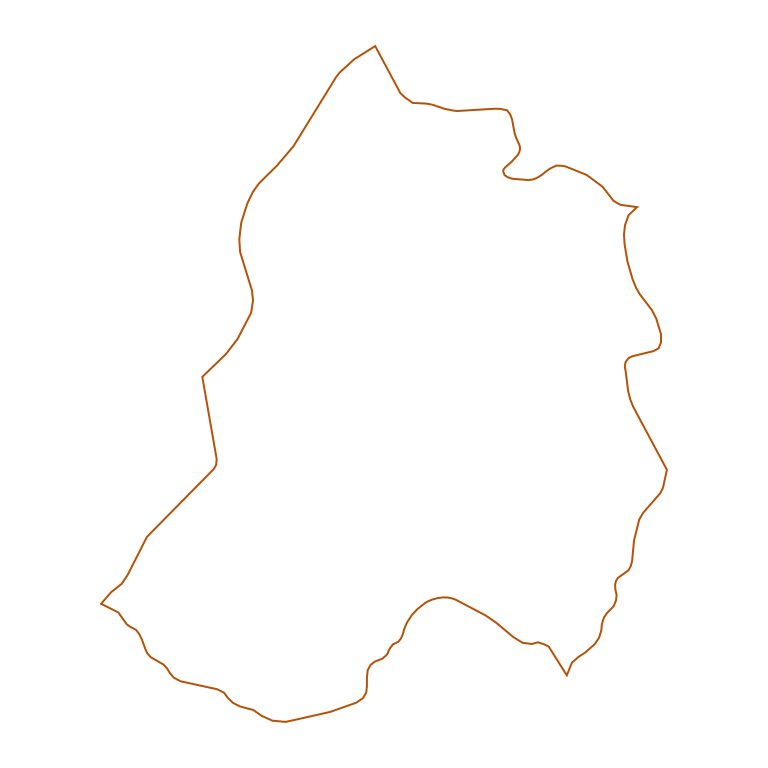 the border of Paraguarí
{"feature_id": "PRY-611", "entity_name": "Paraguarí", "entity_type": "Department", "adm_level": 1, "iso_a3": "PRY", "parent_name": "Paraguay", "parent_adm1": "", "projection": "orthographic", "projection_center": [-57.025, -26.024], "detail": "fine", "context": "isolated", "style": "outline", "palette": "amber", "viewbox_px": 768, "rotation_deg": 0, "n_neighbors": 0, "source": "natural_earth", "source_scale": "10m", "svg_char_len": 2281}
<svg xmlns="http://www.w3.org/2000/svg" viewBox="0 0 768 768"><path d="M586.6,174.9L602.5,186.7L613.5,200.8L617.8,203.4L620.8,204.9L637.1,207.1L628.6,215.1L625.0,225.2L624.0,234.6L624.6,244.4L627.5,261.6L632.6,279.3L636.1,287.8L639.8,294.3L651.9,310.1L656.2,318.5L661.0,334.2L661.0,342.6L658.5,348.4L653.5,351.1L631.8,356.4L628.4,358.3L625.5,362.2L624.9,365.7L625.1,368.7L625.5,370.0L628.2,391.4L630.3,399.6L633.3,407.0L666.9,469.8L663.0,487.8L660.5,492.9L643.0,513.0L639.2,519.6L634.0,540.7L632.1,561.0L630.8,566.1L628.4,570.4L617.9,577.9L616.1,580.8L615.1,584.3L615.4,589.7L616.6,594.8L616.1,600.2L613.7,606.2L607.0,613.1L603.9,617.6L601.9,624.2L601.3,630.5L599.1,637.6L594.7,644.2L585.0,652.7L578.9,656.6L571.9,662.7L566.8,675.3L548.7,646.6L544.3,644.4L538.0,642.3L532.0,644.0L522.6,642.8L513.1,636.9L496.4,622.9L485.7,615.5L455.7,599.7L452.0,598.4L447.6,597.5L442.8,597.4L437.7,598.1L432.4,599.5L428.5,601.1L425.5,602.7L417.5,609.0L411.7,615.2L407.0,622.5L404.1,629.4L402.7,634.6L400.8,638.7L398.3,641.8L392.9,644.4L390.2,648.0L388.6,650.8L387.8,653.4L385.8,655.7L382.2,658.7L374.8,661.6L370.5,665.0L367.7,670.2L366.9,677.7L366.9,686.3L366.2,692.8L362.8,698.3L356.2,702.7L330.2,711.9L285.8,721.9L272.4,720.7L261.4,715.7L253.3,710.0L239.8,706.4L232.7,702.7L227.5,697.5L224.1,692.8L217.3,689.3L180.6,681.3L173.8,677.7L170.0,673.2L166.9,668.2L163.4,664.5L150.6,657.1L147.2,653.2L145.4,649.2L141.8,639.2L139.1,633.9L136.1,630.0L130.3,626.8L126.8,624.4L118.4,612.5L101.1,603.8L111.0,592.3L121.7,583.8L127.6,575.0L147.0,536.8L213.9,468.9L216.1,464.9L216.7,459.1L202.3,376.9L226.0,354.0L237.6,338.9L251.1,312.8L253.0,300.6L252.0,290.6L240.1,252.0L239.3,239.4L241.2,222.8L247.4,203.3L252.9,191.9L259.0,183.4L277.0,165.6L293.5,146.2L336.3,76.8L339.7,72.5L354.4,59.1L375.2,46.1L400.3,93.0L404.9,97.4L412.7,102.9L426.4,103.6L432.4,104.7L444.2,108.7L453.3,110.6L457.5,111.0L495.4,108.7L500.6,108.9L507.2,110.4L510.2,114.4L512.0,119.2L514.7,133.5L516.1,137.8L519.2,144.5L519.9,146.7L520.0,149.2L519.4,151.8L518.0,154.7L511.8,161.6L505.4,167.2L503.6,169.3L503.2,171.5L504.7,175.3L508.3,177.5L512.5,178.8L528.0,180.0L531.6,179.7L535.4,178.6L539.0,176.7L542.2,174.6L545.8,171.6L550.6,168.3L556.3,165.6L561.6,165.8L565.4,166.4L586.6,174.9Z" fill="none" stroke="#b45309" stroke-width="2"/></svg>